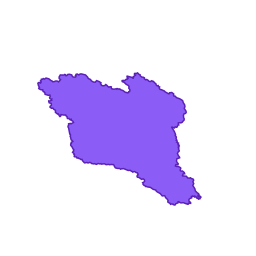 Puta-O, Kachin, Myanmar (Equal Earth projection), rotated 305°
{"feature_id": "60261553B82845282425117", "entity_name": "Puta-O", "entity_type": "district", "adm_level": 2, "iso_a3": "MMR", "parent_name": "Myanmar", "parent_adm1": "Kachin", "projection": "equal_earth", "projection_center": [97.732, 27.257], "detail": "fine", "context": "isolated", "style": "filled", "palette": "violet", "viewbox_px": 256, "rotation_deg": 305, "n_neighbors": 0, "source": "geoboundaries", "source_scale": "gbopen_adm2", "svg_char_len": 5835}
<svg xmlns="http://www.w3.org/2000/svg" viewBox="0 0 256 256"><g transform="rotate(305 128 128)"><path d="M179.5,161.1L180.5,158.6L181.6,157.4L181.8,156.5L181.6,153.5L180.7,150.5L181.1,148.2L180.5,147.4L181.0,146.5L182.1,145.9L182.2,143.5L180.7,141.8L179.9,142.2L179.3,141.6L178.9,137.4L179.2,136.7L178.6,133.5L178.0,132.1L178.5,130.9L179.8,130.3L179.4,129.4L180.1,128.4L179.3,127.7L179.4,126.5L180.3,125.3L180.2,124.4L180.7,122.3L180.7,121.8L180.3,121.5L180.4,120.4L178.7,119.5L178.3,118.1L178.6,117.3L178.5,115.5L177.6,114.8L177.7,113.1L178.5,112.7L178.4,111.5L177.6,110.0L177.8,108.0L178.6,107.3L178.2,105.9L178.6,104.8L178.5,104.0L177.5,103.8L176.8,102.4L176.4,102.1L175.7,102.4L175.4,103.8L173.1,102.9L172.6,102.9L172.5,103.5L171.8,103.7L171.6,103.4L171.7,102.1L170.1,97.7L169.8,97.5L168.9,98.4L168.9,99.5L168.5,99.6L167.9,99.2L167.4,99.3L167.0,98.6L165.1,98.2L164.3,96.9L163.5,96.0L163.1,96.1L162.7,96.8L163.2,98.5L162.7,101.5L163.0,103.5L162.7,104.9L161.0,105.9L160.5,107.5L159.4,108.3L158.0,107.7L157.4,108.2L156.3,107.2L156.3,106.5L155.7,105.4L155.8,102.2L155.2,100.6L155.3,98.8L154.6,98.5L154.3,96.9L153.9,96.3L153.3,96.5L153.1,95.6L151.6,94.1L151.3,93.1L150.8,92.6L151.0,91.6L151.4,91.1L152.1,90.8L152.1,90.4L151.4,89.5L150.5,89.0L150.5,87.5L150.8,86.5L150.9,84.9L149.7,84.7L148.3,83.5L147.7,81.8L148.1,81.4L148.4,80.1L149.5,80.0L149.5,77.8L148.8,75.1L146.7,74.9L145.8,73.3L145.6,71.0L146.0,70.2L146.2,68.7L145.9,68.1L145.8,67.0L146.5,65.8L147.1,62.8L145.7,59.1L144.8,57.8L143.3,57.3L143.1,55.5L142.3,54.7L140.8,54.9L140.9,55.6L139.7,55.8L138.5,54.4L138.3,53.8L138.7,52.0L139.2,51.5L138.5,49.3L137.4,48.0L136.3,47.9L135.3,47.3L135.2,46.9L135.8,46.2L135.7,45.7L135.4,45.3L135.0,45.4L134.5,45.0L132.6,42.1L130.3,42.3L129.0,43.3L128.9,45.0L126.0,44.7L125.8,42.9L124.7,41.5L124.1,41.3L122.8,40.0L122.7,39.6L123.0,38.7L122.7,37.8L122.9,35.0L121.9,32.2L120.1,31.5L119.9,30.2L118.9,30.0L118.3,29.1L117.8,29.4L116.6,29.2L116.1,30.3L115.0,30.7L114.4,30.4L114.8,29.8L114.2,28.9L113.3,28.5L112.7,28.7L111.8,30.0L111.3,30.3L111.0,31.3L110.3,31.8L110.3,32.2L109.3,32.1L109.1,32.5L109.3,34.3L109.8,35.5L110.4,36.2L109.4,37.2L109.2,37.9L109.5,38.4L109.2,39.7L108.1,40.6L108.1,41.0L109.1,44.1L110.2,45.1L109.3,46.2L108.1,46.2L107.4,47.0L107.3,47.8L107.9,48.9L107.5,48.9L107.0,49.6L105.3,48.5L104.7,47.5L104.4,47.7L103.4,49.0L104.1,50.9L104.0,51.2L102.6,52.2L101.2,51.8L100.4,52.0L100.2,54.0L101.2,55.1L100.7,56.6L100.9,57.9L100.5,58.8L99.3,59.4L99.1,59.9L99.2,60.6L99.0,61.5L99.5,62.4L99.1,62.6L99.3,63.6L98.7,64.4L98.3,65.6L98.7,66.0L99.6,65.9L100.5,65.4L101.9,68.2L102.9,69.4L102.4,70.3L102.4,71.6L101.3,72.4L101.2,73.5L102.0,74.2L101.5,75.7L101.8,76.1L102.6,76.3L102.4,76.8L101.7,77.1L102.0,78.7L101.3,80.2L98.7,78.9L98.8,78.3L97.4,76.9L96.1,77.8L95.5,77.7L94.5,78.2L93.8,79.5L89.6,83.8L89.7,84.4L89.2,85.0L88.0,85.4L87.8,85.9L85.7,88.2L85.7,89.6L85.3,90.6L83.8,89.7L82.9,90.4L82.6,90.1L81.3,90.7L80.8,91.3L80.6,92.6L79.6,94.5L79.2,95.9L78.8,95.8L78.1,96.7L77.1,96.5L76.2,96.6L76.2,97.7L75.9,98.7L75.3,98.9L75.3,99.6L73.8,100.3L73.8,100.7L74.7,102.4L74.1,103.6L75.0,104.4L74.8,105.2L75.2,106.2L75.2,107.7L75.9,108.3L75.0,109.9L74.5,112.3L74.7,112.7L76.2,114.1L76.4,115.3L78.0,116.5L78.2,117.8L78.0,118.5L79.0,120.6L79.6,121.0L80.1,123.0L81.8,123.9L82.5,125.7L83.3,126.3L83.2,127.0L85.2,129.2L85.4,131.1L87.1,133.0L87.4,134.1L88.6,135.2L88.9,136.1L89.5,136.6L89.6,137.2L89.4,138.1L88.9,138.6L88.1,140.5L88.9,142.7L90.0,144.3L90.0,145.6L91.2,146.3L91.5,147.0L92.2,147.6L93.3,152.5L94.6,154.1L94.5,155.6L94.8,156.7L94.6,157.1L96.0,158.2L96.2,159.0L96.2,160.5L96.7,161.4L95.9,162.8L95.4,163.1L95.2,162.7L93.7,163.0L93.1,163.9L93.8,165.5L93.7,168.6L95.1,169.6L95.0,171.1L93.8,172.2L92.4,171.9L91.7,171.3L91.3,172.1L90.5,172.6L90.2,173.9L90.4,174.9L90.2,176.1L90.7,176.5L90.8,177.5L92.2,180.4L92.2,183.9L93.1,186.2L92.6,187.1L92.4,188.4L92.8,192.0L92.0,195.0L93.4,196.6L93.4,197.5L92.5,198.7L92.3,200.6L91.5,202.6L90.6,202.8L90.1,203.4L90.4,205.6L89.9,206.6L90.4,206.8L91.5,208.6L91.2,209.0L91.5,210.1L92.0,210.7L93.5,210.6L95.4,211.9L96.2,211.3L96.8,211.8L96.7,213.0L97.0,214.3L98.6,216.2L99.3,219.2L99.6,219.6L99.6,220.3L100.3,221.1L100.7,220.7L101.3,220.9L102.2,222.5L102.9,222.0L103.1,219.8L104.5,218.9L105.7,219.2L107.3,220.2L108.0,219.5L108.1,219.8L108.6,219.5L109.2,219.7L109.4,220.8L110.1,221.2L109.8,222.1L110.3,222.1L110.1,222.4L110.6,223.2L110.3,223.7L110.6,224.1L110.3,225.1L110.1,225.1L110.5,226.1L110.2,226.6L111.0,227.2L111.0,226.6L111.5,226.5L112.0,227.3L112.9,227.5L113.3,227.3L113.5,226.3L113.1,225.4L112.3,225.2L112.2,224.7L112.4,224.2L113.2,224.0L113.8,224.7L114.4,224.1L114.7,223.2L114.6,222.2L115.1,219.2L116.6,217.6L118.1,214.0L120.1,213.8L121.2,211.9L122.6,211.9L123.4,211.1L123.5,210.6L122.9,208.7L123.1,207.8L122.0,206.9L121.3,205.4L122.0,203.6L120.1,200.2L120.3,199.9L122.0,199.5L123.0,200.7L123.8,199.6L124.0,197.3L123.2,196.3L123.1,195.3L123.6,194.8L125.2,194.4L125.5,194.1L125.6,193.5L125.4,191.5L124.2,189.5L124.1,188.6L125.5,188.2L126.6,189.9L127.0,189.9L127.7,189.4L127.8,188.2L128.8,186.6L130.9,185.7L133.2,187.4L133.7,186.9L134.3,185.0L135.5,183.1L137.4,182.8L138.0,183.2L138.4,183.1L139.1,182.7L139.7,181.4L140.7,181.2L140.9,180.4L141.8,180.5L141.7,180.1L142.2,179.6L142.9,179.8L143.0,179.0L143.3,179.2L143.4,178.6L143.7,178.5L143.8,177.8L144.2,177.3L144.5,177.5L144.4,176.4L144.6,176.5L144.9,176.0L145.3,175.9L145.7,175.2L145.6,174.8L146.1,174.9L147.0,173.3L148.2,172.9L148.7,172.0L148.8,171.1L149.9,170.7L151.7,168.0L153.7,163.4L154.0,163.5L154.7,166.1L156.0,166.0L156.4,167.3L156.8,167.6L159.2,167.3L159.7,167.8L160.3,166.8L161.0,166.7L161.2,166.4L162.3,167.8L162.5,168.4L164.0,169.2L164.7,169.1L166.7,169.4L167.8,168.7L168.4,167.6L170.2,166.1L171.8,165.8L173.0,166.8L174.2,166.7L175.1,165.8L176.2,163.1L176.5,162.7L178.0,162.5L179.5,161.1Z" fill="#8b5cf6" stroke="#5b21b6" stroke-width="1.5"/></g></svg>